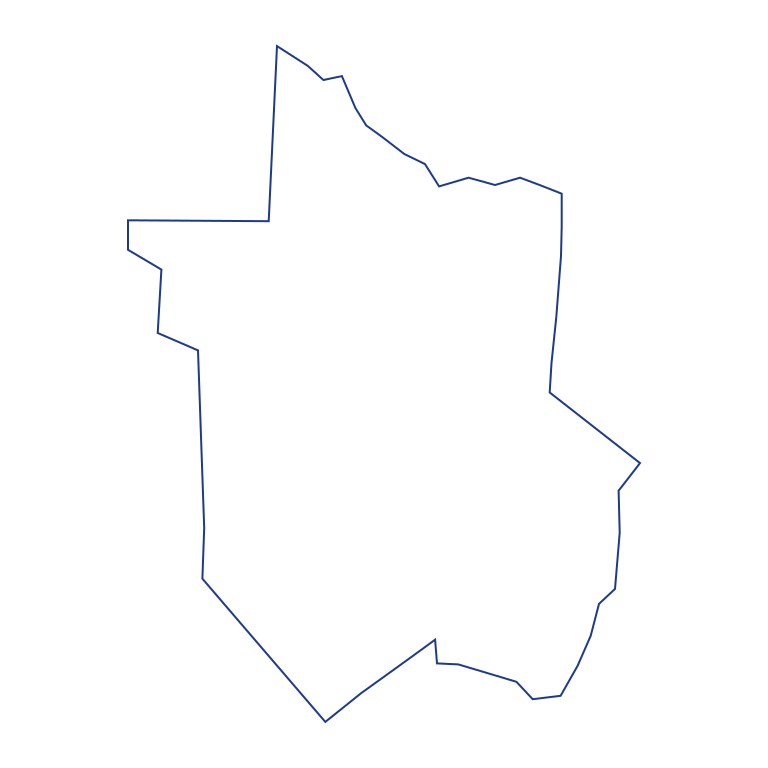 outline of Mato Leitão, Rio Grande do Sul, Brazil
{"feature_id": "56859067B86490336750804", "entity_name": "Mato Leitão", "entity_type": "district", "adm_level": 2, "iso_a3": "BRA", "parent_name": "Brazil", "parent_adm1": "Rio Grande do Sul", "projection": "equal_earth", "projection_center": [-52.13, -29.521], "detail": "fine", "context": "isolated", "style": "outline", "palette": "blue", "viewbox_px": 768, "rotation_deg": 0, "n_neighbors": 0, "source": "geoboundaries", "source_scale": "gbopen_adm2", "svg_char_len": 687}
<svg xmlns="http://www.w3.org/2000/svg" viewBox="0 0 768 768"><path d="M355.4,108.0L341.9,76.1L323.4,80.0L307.8,65.9L277.0,46.1L268.7,221.2L128.0,220.3L128.0,249.8L161.4,269.6L157.7,333.0L198.0,350.4L204.2,528.0L202.4,578.7L325.3,721.9L361.5,692.9L397.1,667.3L418.5,651.8L435.1,639.7L437.0,663.4L458.3,664.4L487.4,673.1L516.4,681.8L532.7,699.2L560.6,695.8L577.6,665.8L590.7,635.8L599.0,603.9L615.0,588.9L619.7,532.8L618.6,490.7L640.0,463.1L549.7,392.5L551.5,363.0L556.3,317.0L561.0,256.1L561.7,226.6L561.7,193.7L539.6,185.0L520.0,177.7L495.0,185.0L468.5,177.7L439.1,186.4L425.0,164.1L404.3,154.0L382.2,137.0L366.2,125.4L355.4,108.0Z" fill="none" stroke="#1e3a8a" stroke-width="2"/></svg>